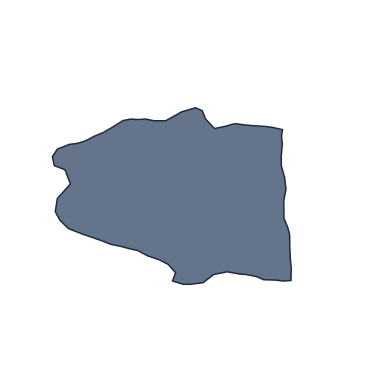 Patanissos, Cyprus (Albers equal-area conic projection), rotated 218°
{"feature_id": "46923920B57147511667034", "entity_name": "Patanissos", "entity_type": "district", "adm_level": 2, "iso_a3": "CYP", "parent_name": "Cyprus", "parent_adm1": "", "projection": "albers", "projection_center": [34.094, 35.479], "detail": "fine", "context": "isolated", "style": "filled", "palette": "slate", "viewbox_px": 384, "rotation_deg": 218, "n_neighbors": 0, "source": "geoboundaries", "source_scale": "gbopen_adm2", "svg_char_len": 1030}
<svg xmlns="http://www.w3.org/2000/svg" viewBox="0 0 384 384"><g transform="rotate(218 192 192)"><path d="M159.0,296.9L168.7,292.3L175.2,288.4L183.6,282.6L184.0,282.3L190.7,278.0L200.4,272.2L205.6,265.0L213.3,255.9L226.3,257.9L234.0,262.4L241.1,260.5L249.5,248.8L256.6,231.9L265.7,224.8L273.5,220.9L278.6,216.3L285.1,211.8L290.3,205.9L294.8,193.6L298.7,183.9L303.2,176.1L307.7,166.3L312.2,159.8L318.0,154.0L324.5,143.0L323.8,133.9L316.7,128.0L305.7,131.3L292.8,123.5L294.1,104.0L287.6,92.3L278.6,88.4L267.0,87.1L259.9,89.1L251.5,91.7L234.7,97.5L223.7,100.8L214.6,105.3L206.9,108.6L198.5,112.5L187.5,114.4L176.5,118.3L166.2,120.3L155.2,118.3L152.6,109.9L142.2,113.8L136.4,118.3L127.4,127.4L124.1,140.4L115.1,150.8L104.1,156.6L98.3,160.5L89.2,165.0L81.5,167.0L71.8,174.1L65.3,178.0L59.5,183.2L67.3,193.6L72.4,198.8L80.8,208.5L88.6,218.3L94.4,222.8L103.4,228.0L108.6,234.5L114.4,241.7L119.6,252.0L128.0,260.5L137.7,267.6L143.5,274.8L150.6,285.8L155.8,291.0L159.0,296.9Z" fill="#64748b" stroke="#1e293b" stroke-width="1.5"/></g></svg>